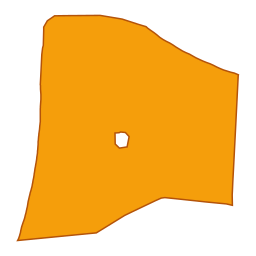 Tuban, Lahij, Yemen (Mercator projection)
{"feature_id": "15242507B16919721159288", "entity_name": "Tuban", "entity_type": "district", "adm_level": 2, "iso_a3": "YEM", "parent_name": "Yemen", "parent_adm1": "Lahij", "projection": "mercator", "projection_center": [44.806, 13.084], "detail": "fine", "context": "isolated", "style": "filled", "palette": "amber", "viewbox_px": 256, "rotation_deg": 0, "n_neighbors": 0, "source": "geoboundaries", "source_scale": "gbopen_adm2", "svg_char_len": 2419}
<svg xmlns="http://www.w3.org/2000/svg" viewBox="0 0 256 256"><path d="M232.4,205.3L232.2,194.8L232.4,191.2L232.8,181.8L233.5,168.8L235.7,125.8L238.2,75.8L238.4,74.8L237.7,74.5L234.4,73.1L230.7,72.2L227.2,71.1L223.6,70.0L220.0,68.5L216.7,67.0L213.2,65.2L209.9,63.7L206.5,62.5L202.8,61.0L199.3,59.4L195.9,57.8L192.7,56.0L189.4,54.1L186.0,52.7L182.5,51.0L179.2,49.0L175.9,47.0L173.0,45.0L169.7,43.0L166.4,41.4L163.0,39.5L159.7,37.3L156.8,34.8L153.8,32.5L150.6,30.3L147.7,28.2L146.1,26.7L138.2,24.3L122.2,19.1L100.1,15.4L75.2,15.6L72.2,15.6L63.6,15.7L56.7,15.8L54.6,15.8L47.3,20.8L47.1,21.2L43.7,27.1L43.7,30.0L43.3,45.5L42.6,47.9L41.8,54.5L40.8,75.2L40.3,84.9L40.5,85.4L40.5,86.6L40.5,87.8L40.5,89.0L40.6,90.5L40.7,91.8L40.8,93.0L40.9,94.5L40.9,95.7L40.9,96.9L40.9,98.3L40.9,99.5L40.8,100.8L40.7,102.2L40.6,103.5L40.5,105.0L40.4,106.3L40.4,107.5L40.3,108.7L40.3,110.2L40.3,110.6L40.3,111.7L40.3,113.0L40.3,114.4L40.3,115.7L40.3,117.3L40.3,118.7L40.3,120.2L40.3,121.7L40.1,123.3L40.0,124.4L39.8,125.8L39.7,127.1L39.6,128.3L39.5,129.5L39.3,130.9L39.1,132.4L38.9,133.6L38.8,135.3L38.6,136.5L38.5,137.7L38.4,139.1L38.3,140.3L38.1,141.7L38.1,143.1L38.1,144.3L38.0,145.6L37.9,146.9L37.8,148.3L37.7,149.7L37.5,151.1L37.5,152.3L37.4,153.5L37.2,154.8L37.0,156.1L36.8,157.3L36.7,158.6L36.5,160.2L36.3,161.3L36.1,162.7L35.8,164.1L35.6,165.3L35.4,166.7L35.1,168.0L34.9,169.3L34.7,170.8L34.5,172.2L34.2,173.8L34.1,174.9L33.9,176.2L33.7,177.4L33.4,178.9L33.1,180.2L32.9,181.5L32.7,182.8L32.4,184.1L32.2,185.4L32.0,186.5L31.6,187.9L31.3,189.0L31.0,190.3L30.6,191.5L30.2,192.9L29.9,194.3L29.6,195.5L29.3,196.7L29.0,198.0L28.7,199.3L28.4,200.5L28.1,201.8L27.9,203.2L27.7,204.5L27.5,205.7L27.3,206.9L26.9,208.4L26.7,209.5L26.6,209.8L26.3,211.2L26.1,212.3L25.8,213.5L25.4,214.8L25.1,216.1L24.8,217.4L24.5,218.5L24.1,219.7L23.7,220.9L23.2,222.2L22.8,223.4L22.4,224.6L22.0,225.8L21.6,227.0L21.3,228.4L21.0,229.7L20.7,231.0L20.5,232.4L20.2,233.5L19.8,234.8L19.5,236.0L19.1,237.1L18.7,238.3L18.2,239.4L17.6,240.5L88.8,233.6L96.3,232.9L124.7,215.4L131.3,212.2L132.1,211.8L153.7,201.5L156.2,200.3L156.3,200.3L159.4,198.9L161.2,198.1L162.6,197.9L164.9,197.6L180.4,199.2L183.2,199.5L194.5,200.7L197.3,201.0L205.5,201.9L217.8,203.1L226.3,203.9L229.8,204.7L230.5,204.9L232.4,205.3ZM115.2,144.0L115.0,133.0L119.1,132.7L120.6,132.0L125.4,132.5L129.1,136.6L127.1,146.9L119.4,148.1L115.2,144.0Z" fill="#f59e0b" stroke="#b45309" stroke-width="1.5"/></svg>